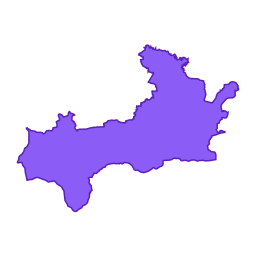 outline of Wang Wiset, Trang, Thailand, rotated 269°
{"feature_id": "78962969B96586587830005", "entity_name": "Wang Wiset", "entity_type": "district", "adm_level": 2, "iso_a3": "THA", "parent_name": "Thailand", "parent_adm1": "Trang", "projection": "orthographic", "projection_center": [99.462, 7.753], "detail": "fine", "context": "isolated", "style": "filled", "palette": "violet", "viewbox_px": 256, "rotation_deg": 269, "n_neighbors": 0, "source": "geoboundaries", "source_scale": "gbopen_adm2", "svg_char_len": 5916}
<svg xmlns="http://www.w3.org/2000/svg" viewBox="0 0 256 256"><g transform="rotate(269 128 128)"><path d="M95.6,16.8L95.2,17.0L95.1,17.6L95.5,21.0L94.2,21.8L92.5,22.1L89.9,24.2L85.3,24.6L77.5,26.2L78.0,28.2L78.3,31.4L80.1,35.3L80.1,37.2L77.1,44.9L75.4,47.3L76.4,53.2L75.0,54.9L73.1,56.3L71.0,59.8L69.6,61.1L68.1,61.6L66.6,62.8L56.5,63.8L52.9,65.9L50.9,66.6L49.3,70.0L47.3,71.0L46.1,72.1L45.5,74.0L45.6,75.1L47.1,76.6L49.0,80.2L51.1,81.5L52.2,84.2L53.1,85.3L54.7,86.4L55.8,86.5L59.7,88.2L64.2,88.5L63.9,89.3L65.2,89.6L66.2,90.9L68.5,90.4L70.9,90.2L71.2,89.7L72.5,89.3L72.6,88.6L74.5,88.1L76.4,88.5L78.7,87.6L79.4,89.6L79.4,91.2L80.6,91.5L81.5,92.4L83.4,93.0L83.1,95.1L83.3,95.8L85.1,97.7L85.5,98.5L86.3,98.8L87.6,101.2L88.8,102.1L89.2,104.2L91.0,105.5L92.1,107.6L92.9,112.9L92.5,115.9L92.7,117.9L92.3,118.5L93.2,119.9L92.4,121.1L92.3,121.7L93.5,123.7L93.2,127.0L92.6,128.7L90.0,131.6L86.2,133.5L85.7,134.7L85.7,137.1L83.8,139.8L83.1,142.9L84.3,147.2L86.4,150.8L88.0,152.6L87.9,153.2L86.8,154.6L86.6,155.9L88.6,158.9L89.3,161.0L90.6,162.2L92.1,162.5L94.2,162.4L94.9,162.8L95.2,169.2L95.5,170.7L96.8,173.0L97.0,174.0L96.6,175.8L96.9,177.7L96.2,178.6L96.0,179.7L94.7,180.4L94.3,181.0L94.8,184.9L93.8,187.7L94.0,189.0L94.8,190.6L94.9,192.7L94.7,194.4L93.7,196.8L94.2,198.6L94.4,202.2L93.8,204.9L93.9,208.5L94.9,215.3L99.9,215.4L101.6,214.8L102.4,214.2L102.9,210.8L104.4,208.9L104.7,207.8L109.1,207.2L110.0,208.6L110.8,209.1L113.7,208.9L114.7,209.3L115.3,210.2L116.4,210.4L117.1,211.5L118.5,211.4L119.7,216.1L121.3,220.2L121.9,224.7L122.7,224.8L122.9,223.3L123.8,221.8L123.9,220.6L123.7,220.0L122.6,219.8L122.1,217.8L122.5,217.3L125.0,216.2L126.6,217.4L127.7,217.0L128.6,217.3L130.5,217.2L131.1,217.8L131.1,219.0L133.7,220.0L134.7,221.0L135.3,222.3L136.7,222.1L136.9,223.3L136.3,224.5L136.6,226.6L138.6,227.7L141.8,228.3L141.5,227.9L143.3,225.8L143.2,224.7L143.7,224.2L143.6,223.7L143.3,223.8L143.0,223.5L142.8,222.3L147.2,221.4L148.8,221.5L150.2,222.1L155.6,227.1L156.3,229.1L156.4,233.2L157.4,235.1L158.8,235.8L163.6,235.7L163.2,236.9L164.4,239.2L164.8,239.2L165.2,238.6L165.6,239.0L166.1,238.5L167.0,238.5L167.1,238.8L168.0,238.3L168.4,238.7L171.6,236.5L172.2,234.5L172.4,232.5L171.8,231.1L170.5,230.0L169.9,229.0L169.5,225.0L167.4,224.9L165.7,224.0L165.6,223.3L164.0,222.6L164.2,220.9L162.6,220.9L161.9,219.2L161.0,218.1L158.8,217.0L156.5,216.5L151.8,212.8L151.7,212.0L153.6,205.3L154.4,204.6L160.1,206.4L162.6,206.0L164.0,205.5L164.6,205.7L165.5,204.9L167.3,205.5L169.3,205.1L170.0,205.6L172.6,204.5L173.8,204.4L174.6,200.4L175.6,199.6L175.9,198.5L176.5,190.8L177.0,189.8L178.6,187.7L182.3,186.0L182.7,184.7L184.2,184.4L184.5,184.9L184.8,184.4L185.7,185.0L186.6,184.7L186.0,183.4L187.0,183.2L187.3,182.6L188.1,182.8L187.9,183.4L189.2,183.4L188.7,183.9L189.3,184.6L189.6,184.3L190.0,184.7L190.7,184.7L190.2,186.1L189.2,186.4L190.4,187.5L191.4,186.3L191.9,186.4L191.9,186.7L191.5,187.0L191.5,188.0L192.0,187.5L192.5,187.8L192.6,189.6L194.2,189.0L196.3,189.2L195.5,187.8L197.5,185.7L197.6,184.3L197.2,183.9L196.2,184.0L195.8,183.7L196.9,183.0L197.5,181.3L197.1,181.0L195.4,182.4L195.1,182.4L196.0,180.9L195.3,178.1L197.5,178.0L197.5,177.4L196.6,176.8L197.1,176.0L198.6,175.6L198.4,176.8L198.9,177.4L200.9,176.1L200.9,175.4L200.0,174.5L199.7,173.5L200.2,171.7L200.5,171.5L201.1,172.0L201.6,170.3L204.0,169.2L203.6,167.9L204.8,166.4L204.6,163.6L205.1,162.9L205.0,162.0L206.1,160.5L205.1,159.9L205.4,159.0L205.2,157.7L206.0,157.1L207.3,157.0L206.1,156.3L206.3,154.4L207.5,154.7L207.3,153.7L208.2,153.2L207.7,152.1L207.9,150.9L208.2,151.0L208.7,152.0L209.3,152.1L209.3,150.6L210.5,149.4L210.4,148.1L209.9,147.3L209.1,147.8L208.6,147.7L208.2,145.5L207.9,145.6L207.5,146.6L205.6,146.3L204.6,144.4L203.0,142.6L202.4,140.5L200.8,140.0L200.3,142.1L199.9,141.9L199.6,142.3L198.5,143.9L198.6,144.4L196.5,144.4L196.1,141.8L194.7,142.3L194.1,141.9L193.2,142.6L192.5,142.6L190.0,143.8L188.8,145.6L188.7,146.4L187.9,147.0L188.0,147.7L187.3,147.7L187.5,149.2L186.2,149.4L185.5,149.1L183.9,149.1L184.4,149.5L184.4,150.0L183.4,150.8L183.0,152.4L182.6,152.9L183.0,153.4L182.8,154.3L182.1,154.4L180.9,153.8L173.4,149.1L172.2,152.3L171.8,154.8L170.6,156.4L168.7,156.4L168.1,157.3L166.1,157.3L164.6,157.6L164.2,154.2L164.6,153.1L164.4,152.6L160.8,153.1L160.6,153.8L159.0,153.4L158.3,154.2L157.8,154.2L158.1,152.1L156.8,151.3L155.8,150.0L156.0,147.9L156.7,147.7L156.7,146.9L156.1,146.7L155.8,145.9L154.7,145.8L154.6,145.3L154.0,145.1L153.6,144.3L153.8,143.9L152.8,142.6L153.1,141.6L152.7,141.3L151.4,141.5L151.2,141.2L149.8,141.5L149.6,141.0L149.9,138.8L149.4,138.1L149.8,137.1L148.3,136.8L148.3,137.1L147.1,137.5L146.1,137.5L146.0,136.4L144.7,136.5L143.7,135.6L143.1,134.4L141.9,134.4L141.5,135.7L140.0,135.3L139.3,133.9L137.1,134.0L137.0,133.1L136.1,132.5L136.0,129.2L135.0,125.8L133.4,125.6L133.2,125.3L133.6,121.6L133.9,120.3L134.3,119.8L134.3,118.5L136.0,117.6L136.2,116.5L135.8,114.3L136.2,111.4L135.7,110.4L135.8,109.1L135.6,108.3L133.8,106.5L133.0,103.9L132.1,103.7L131.4,103.8L131.3,104.3L129.8,104.2L129.4,101.3L129.7,100.3L129.4,99.6L129.6,97.2L129.2,95.8L129.4,94.0L129.0,93.1L129.0,91.6L127.6,86.1L127.6,79.2L127.1,77.7L126.0,77.1L128.0,75.3L129.8,74.7L131.1,75.9L132.8,75.5L132.8,75.2L134.7,74.5L134.9,73.7L135.8,73.7L136.2,72.5L137.0,72.0L140.6,72.3L141.3,72.9L141.9,74.8L142.7,74.2L144.0,70.6L145.4,70.0L145.5,69.7L144.4,68.8L141.4,68.3L140.1,63.9L140.3,63.4L142.0,62.4L143.1,60.5L143.1,59.3L142.5,58.7L141.7,58.6L138.4,59.7L137.4,59.7L136.4,58.6L136.3,57.6L135.4,56.4L133.1,57.1L130.5,57.0L129.9,56.4L129.8,54.3L129.2,52.9L127.9,52.9L126.9,52.2L126.6,51.1L126.6,50.3L127.0,49.4L126.6,46.5L124.5,45.1L123.8,44.1L123.8,43.2L124.7,42.3L125.1,40.9L125.3,36.5L126.5,34.8L127.0,31.0L128.4,29.4L129.0,27.9L129.9,27.3L129.7,26.5L129.0,26.5L127.5,28.0L126.5,28.6L125.1,28.9L114.4,28.6L111.0,26.5L109.4,24.3L106.3,23.4L103.5,21.4L102.0,19.1L100.6,18.4L98.3,18.1L95.6,16.8Z" fill="#8b5cf6" stroke="#5b21b6" stroke-width="1.5"/></g></svg>